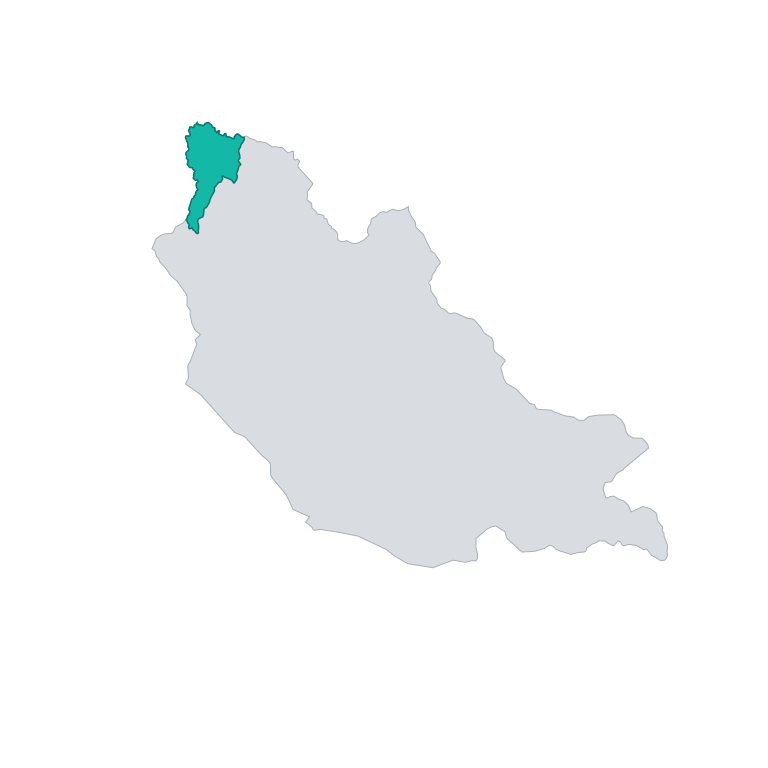 Bayan-Ölgiy highlighted on a map of Mongolia, rotated 47°
{"feature_id": "MNG-3208", "entity_name": "Bayan-Ölgiy", "entity_type": "Province", "adm_level": 1, "iso_a3": "MNG", "parent_name": "Mongolia", "parent_adm1": "", "projection": "albers", "projection_center": [89.851, 48.282], "detail": "fine", "context": "in_parent", "style": "filled", "palette": "teal", "viewbox_px": 768, "rotation_deg": 47, "n_neighbors": 0, "source": "natural_earth", "source_scale": "10m", "svg_char_len": 8596}
<svg xmlns="http://www.w3.org/2000/svg" viewBox="0 0 768 768"><g transform="rotate(47 384 384)"><path d="M65.5,342.7L67.8,342.7L71.4,340.0L71.9,336.3L73.0,334.2L81.6,333.4L85.4,334.5L86.1,332.2L86.8,331.8L88.9,333.8L90.8,333.0L92.2,332.1L93.5,329.3L96.4,329.8L101.4,326.6L101.2,321.1L103.2,319.8L107.6,318.7L108.2,316.1L109.1,315.4L112.4,314.7L117.9,311.8L120.6,311.5L122.6,309.0L127.5,305.6L134.9,304.0L135.5,302.3L142.2,297.1L149.5,296.6L151.3,292.1L152.4,291.7L157.7,296.7L159.8,296.0L160.5,293.9L163.5,293.8L165.0,297.5L166.8,298.9L188.6,299.2L189.4,300.5L191.2,309.1L195.4,312.8L196.5,314.7L202.5,313.7L206.2,316.7L211.4,316.1L214.1,316.8L219.0,313.4L220.2,313.3L221.9,314.8L224.3,313.4L229.3,315.9L232.9,315.1L234.8,316.1L236.9,315.0L242.2,315.3L246.9,319.4L249.8,318.8L252.9,315.5L253.7,313.4L258.6,311.8L261.3,309.5L263.0,307.4L265.0,300.4L264.8,293.5L262.2,292.8L259.8,290.7L258.1,287.2L257.7,284.7L254.9,281.1L254.8,279.1L255.9,275.6L256.0,270.1L257.4,266.9L260.5,264.9L260.6,262.7L262.3,258.3L267.3,255.2L269.7,250.3L270.8,245.3L273.7,247.5L280.9,249.9L286.8,250.7L291.0,253.7L301.1,253.2L319.1,258.8L322.5,257.9L333.0,259.6L334.0,260.7L334.9,266.8L336.0,268.3L337.4,274.7L339.8,277.7L339.9,281.7L341.0,282.8L343.6,282.9L348.3,286.3L357.8,287.6L360.9,289.8L367.4,290.5L370.4,288.8L375.7,288.5L377.5,287.7L380.2,283.9L382.2,282.6L393.4,277.9L396.2,275.2L398.3,274.3L407.9,274.4L414.9,276.0L424.0,273.7L429.0,276.2L431.6,278.9L435.9,280.9L448.9,279.1L449.7,279.7L451.1,286.5L451.9,287.5L462.0,292.9L466.4,294.1L478.1,290.7L497.5,290.7L501.4,288.1L505.9,289.4L507.3,288.8L517.3,279.4L519.1,279.3L530.6,273.4L537.4,268.0L543.2,266.5L547.0,262.4L547.4,256.6L553.0,248.3L563.7,236.4L572.2,234.9L577.8,236.0L584.5,239.6L587.8,240.2L593.2,238.8L599.5,232.4L603.7,232.0L607.9,232.3L611.3,234.1L609.4,266.0L609.8,267.7L608.0,274.8L610.6,284.3L606.9,289.3L609.3,294.3L611.1,295.9L618.3,299.3L619.9,298.0L620.6,295.3L622.9,292.3L628.4,290.9L632.7,288.4L639.2,288.0L646.1,290.4L650.4,278.0L657.0,274.2L664.0,272.9L671.3,277.3L678.5,277.7L681.4,280.7L684.4,281.2L685.8,282.7L695.9,286.9L699.3,291.0L702.7,293.5L704.1,297.0L704.3,298.9L702.0,302.0L691.3,305.3L683.9,304.3L682.3,307.1L674.2,309.5L670.2,312.7L667.6,315.1L666.6,318.1L665.4,319.2L664.0,319.6L661.0,318.7L658.9,319.5L658.4,320.2L659.2,326.5L652.4,329.1L649.8,329.2L645.1,334.0L645.0,336.6L643.0,340.9L642.3,347.8L643.8,350.1L643.5,352.0L639.5,357.1L636.1,363.5L626.5,369.0L621.8,371.0L617.8,371.0L614.6,373.1L613.5,379.3L608.9,388.1L601.0,397.7L582.0,399.3L579.4,399.0L574.5,396.2L564.0,399.1L561.9,402.7L560.4,407.5L559.7,422.0L566.0,428.2L572.3,431.7L575.3,434.6L576.2,437.5L573.2,439.8L570.0,446.0L559.9,453.7L551.7,473.5L531.6,489.2L517.8,493.4L506.5,495.2L477.4,506.8L459.6,519.7L446.5,530.1L444.0,534.3L442.6,535.2L439.7,534.4L431.6,535.5L430.4,529.1L413.8,536.0L398.4,531.1L377.5,530.0L373.2,529.0L365.1,521.7L361.3,521.1L352.5,522.1L327.7,521.8L316.9,526.4L266.6,525.4L248.9,529.1L248.1,528.4L246.4,523.1L237.3,515.5L236.0,513.6L235.4,510.4L227.3,494.0L222.8,491.8L222.8,484.6L216.4,485.6L209.1,483.4L201.4,478.8L197.6,475.3L192.4,474.7L185.7,468.3L182.7,467.2L167.2,465.1L159.5,466.2L151.2,464.7L141.8,464.7L138.7,463.3L136.0,463.5L130.4,460.7L126.8,461.4L122.2,451.6L123.1,445.5L124.9,441.8L129.1,436.3L128.9,434.2L127.1,429.3L129.4,420.5L128.4,415.0L126.0,408.9L122.8,407.5L118.3,399.2L116.8,392.6L114.9,388.1L110.3,385.5L108.8,381.5L107.4,381.3L106.4,382.5L103.8,383.0L101.0,380.6L99.4,377.8L97.8,377.0L94.8,377.1L92.1,378.4L89.2,377.7L86.6,375.1L79.9,371.1L79.7,368.2L78.8,366.2L76.8,365.6L74.7,363.5L68.3,360.9L68.2,359.4L70.0,356.4L65.5,353.7L63.9,351.0L66.5,347.5L65.5,345.1L65.5,342.7Z" fill="#d9dde1" stroke="#a8b0b8" stroke-width="1"/><path d="M67.0,354.8L65.7,354.1L65.3,353.8L65.0,353.5L65.0,353.2L65.0,352.6L64.9,352.3L64.7,352.1L64.5,351.9L64.1,351.7L63.8,351.4L63.7,350.9L63.9,350.3L64.2,349.9L65.7,349.1L66.5,348.5L66.5,347.4L66.2,347.1L65.8,346.9L65.5,346.7L65.4,346.0L65.5,345.4L65.7,345.0L65.9,344.5L65.8,343.8L65.6,342.9L65.5,342.6L65.9,342.8L66.3,342.8L68.3,342.5L68.6,342.4L69.0,341.9L69.7,341.2L71.3,340.3L72.0,339.6L72.1,338.8L71.7,337.9L71.5,337.0L71.9,336.2L72.1,335.8L72.4,334.9L72.7,334.4L73.2,334.1L76.7,333.6L77.1,333.6L78.1,333.9L78.5,334.0L79.8,333.9L80.1,333.8L81.0,333.3L81.2,333.1L81.3,333.1L81.6,333.2L81.9,333.4L82.4,334.1L82.8,334.5L83.3,334.7L86.2,334.9L86.3,334.7L85.9,333.8L85.9,332.7L86.0,332.2L86.2,331.9L86.6,331.8L87.0,331.9L87.2,332.3L87.3,332.8L87.5,333.2L87.7,333.5L87.8,333.9L88.0,334.2L88.2,334.3L89.0,334.2L91.8,333.0L92.5,332.4L92.9,331.7L92.6,331.0L92.2,330.1L92.4,329.4L93.0,329.1L93.6,329.2L94.8,330.3L95.3,330.7L95.9,330.7L96.4,330.1L96.9,329.4L97.3,328.8L98.0,328.8L98.8,328.2L100.7,327.6L102.0,326.9L102.3,326.6L102.5,326.1L102.3,325.6L102.0,325.3L101.1,324.9L100.9,324.5L100.9,324.3L101.2,323.9L101.2,323.6L101.1,323.4L100.8,323.1L100.7,322.9L100.7,322.5L100.8,321.4L100.8,321.1L101.0,321.0L101.7,320.4L102.7,320.0L105.5,319.9L106.5,319.7L107.5,319.2L108.0,318.4L108.0,318.1L108.5,318.3L109.5,319.0L109.8,319.3L110.0,319.5L110.4,320.8L111.0,322.6L111.2,323.6L111.2,324.5L111.3,324.7L111.3,325.0L111.4,325.3L112.7,327.3L113.0,328.0L113.3,329.4L113.4,329.6L113.6,329.9L113.7,330.2L113.8,330.5L113.9,330.8L114.0,331.0L114.8,331.7L118.3,333.5L120.4,335.2L120.7,335.7L120.8,336.2L120.8,336.5L120.7,336.7L120.7,336.9L120.8,337.0L120.9,337.3L121.2,338.1L121.3,338.2L121.4,338.3L121.9,338.6L123.1,338.6L125.0,338.8L125.5,338.9L125.6,339.0L125.8,339.5L125.9,340.3L125.9,340.5L125.8,341.0L125.8,341.3L125.8,341.5L126.0,342.0L127.3,343.9L127.4,344.1L127.6,344.2L127.7,344.3L128.2,345.6L129.4,348.2L129.7,348.5L130.2,348.8L131.6,349.3L131.9,349.4L132.0,349.6L132.2,349.8L132.6,350.5L133.3,351.1L133.5,351.4L133.6,351.6L133.9,352.2L134.5,354.7L134.6,354.9L134.7,355.1L134.7,355.3L134.6,356.1L134.7,356.7L133.7,356.7L131.7,356.3L129.8,356.7L123.9,359.6L121.8,360.0L121.7,360.4L121.8,360.7L121.9,360.9L122.1,361.2L123.5,361.8L123.9,362.1L124.1,362.6L124.9,364.9L125.0,365.4L124.9,365.9L124.1,367.1L123.9,367.8L123.9,368.5L124.0,369.4L124.2,370.2L124.6,372.8L124.7,373.5L124.8,373.9L124.9,374.4L125.3,374.8L126.3,375.5L126.6,375.8L127.2,376.5L127.4,376.8L127.6,377.3L128.4,380.1L130.2,385.0L130.8,386.1L131.2,386.5L131.6,387.1L132.0,387.9L133.4,392.0L133.6,392.6L133.6,393.4L133.6,394.0L133.4,394.5L133.3,394.9L133.2,395.3L133.3,395.9L133.8,396.7L136.7,400.1L138.0,402.1L138.0,403.0L137.1,405.5L136.9,406.2L136.9,406.8L136.9,407.5L137.1,408.1L137.6,408.9L138.5,409.7L139.1,410.1L139.9,410.4L141.6,411.5L143.7,413.4L145.3,415.4L146.9,416.5L146.9,417.2L146.8,417.8L146.3,418.2L146.0,418.4L143.0,418.1L140.4,418.5L140.1,418.3L139.5,417.9L139.1,418.0L138.8,418.3L138.6,418.8L138.2,419.9L137.9,420.3L137.3,420.5L136.7,420.4L136.0,419.9L135.5,419.3L134.7,418.0L134.2,417.6L133.6,417.6L133.0,417.7L132.4,417.7L131.1,417.1L129.5,416.8L129.0,416.8L129.0,416.4L128.8,415.3L128.2,414.3L127.4,413.6L127.2,413.1L127.0,412.5L127.1,412.3L127.3,411.8L127.4,411.6L127.3,411.3L127.1,411.1L126.8,410.8L126.6,410.2L126.5,409.7L126.3,409.2L126.0,408.8L125.5,408.4L125.1,408.1L124.6,408.0L124.2,408.0L123.4,407.9L122.7,407.2L117.7,398.5L117.7,398.2L117.8,397.8L118.0,397.4L118.1,396.9L118.1,396.4L117.8,396.0L117.3,395.6L117.1,394.8L117.2,393.9L117.1,393.0L116.8,392.6L116.2,392.0L115.9,391.6L115.3,390.1L115.0,389.7L114.8,389.1L115.0,388.7L115.2,388.4L115.1,388.0L114.7,387.7L114.3,387.5L112.4,386.9L111.5,386.5L110.6,385.9L109.9,385.2L109.6,384.7L109.4,384.2L109.2,383.5L109.3,383.0L109.5,382.3L109.4,381.8L109.1,381.5L108.2,381.5L107.5,381.2L107.1,381.4L107.0,381.7L106.9,382.1L106.9,382.5L106.6,382.9L106.0,383.1L103.9,383.3L103.2,383.1L103.0,382.8L102.8,381.9L102.7,381.5L102.3,381.2L101.6,381.0L101.3,380.9L101.1,380.5L100.9,380.0L100.7,379.6L100.5,379.4L100.1,379.3L99.9,379.0L99.7,378.6L99.7,378.1L99.6,377.3L99.0,376.9L98.3,377.0L97.7,377.2L96.7,377.2L96.4,377.2L95.6,376.7L95.3,376.7L94.9,376.9L93.9,377.7L93.6,378.0L93.1,378.4L92.6,378.5L91.6,378.3L89.7,378.3L89.1,378.0L86.9,374.9L86.6,374.6L86.1,374.5L84.9,374.6L84.4,374.6L83.8,374.1L82.5,372.8L81.9,372.5L81.4,372.6L81.0,372.4L80.3,371.8L80.0,371.3L79.8,370.8L79.7,370.2L79.6,369.7L79.6,369.1L79.9,368.0L79.7,367.4L78.5,365.9L78.0,365.7L77.6,365.8L77.3,365.9L76.8,365.9L76.2,365.4L75.2,364.0L74.6,363.6L73.3,362.8L72.9,362.8L72.3,362.8L71.9,362.8L71.6,362.6L70.9,362.1L70.4,361.8L70.1,361.4L69.9,361.3L69.7,361.3L69.2,361.4L68.3,361.0L67.7,360.3L67.6,359.5L68.2,359.0L68.5,358.8L68.7,358.5L68.8,358.2L69.8,357.4L70.0,357.1L70.0,356.3L69.5,355.7L68.3,354.9L67.9,354.7L67.0,354.8Z" fill="#14b8a6" stroke="#0f766e" stroke-width="1.5"/></g></svg>